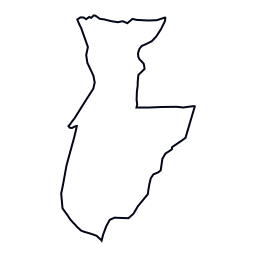 the district of Bendasi, Central Darfur, Sudan
{"feature_id": "16777658B55033891828638", "entity_name": "Bendasi", "entity_type": "district", "adm_level": 2, "iso_a3": "SDN", "parent_name": "Sudan", "parent_adm1": "Central Darfur", "projection": "albers", "projection_center": [22.811, 12.051], "detail": "fine", "context": "isolated", "style": "outline", "palette": "ink", "viewbox_px": 256, "rotation_deg": 0, "n_neighbors": 0, "source": "geoboundaries", "source_scale": "gbopen_adm2", "svg_char_len": 1617}
<svg xmlns="http://www.w3.org/2000/svg" viewBox="0 0 256 256"><path d="M77.3,19.5L78.9,23.5L81.2,28.1L87.9,47.0L87.4,49.5L86.2,54.9L86.6,57.8L87.0,60.5L87.4,62.9L93.4,75.6L94.7,82.5L93.3,88.7L90.4,93.2L85.9,100.2L82.5,105.6L80.8,108.3L74.6,118.2L73.6,119.5L71.9,121.7L71.6,122.1L70.2,124.1L69.7,124.7L69.5,124.9L69.4,125.1L69.2,125.3L69.0,125.5L68.5,126.1L69.6,127.5L70.9,128.0L72.2,127.9L74.2,126.8L76.0,126.1L76.7,126.0L76.8,126.0L76.5,127.2L76.5,127.7L74.3,137.0L67.3,162.5L66.4,166.0L63.1,184.2L61.2,193.6L62.5,208.3L67.2,214.8L67.3,214.9L70.2,219.4L71.6,220.9L73.0,222.5L75.1,224.6L77.1,227.0L79.0,228.6L80.8,230.4L82.8,231.3L84.5,231.9L88.1,232.9L90.1,233.5L93.9,234.8L96.7,235.8L97.4,236.5L98.8,237.8L100.0,238.9L100.8,239.6L101.6,240.6L101.9,239.4L103.1,234.7L106.3,226.1L109.8,219.8L114.5,217.7L128.4,218.2L133.5,213.7L137.9,206.2L147.8,194.2L148.4,189.8L149.4,184.0L150.8,178.2L153.4,174.4L158.5,172.2L160.7,170.3L162.4,158.8L165.4,153.6L171.8,149.4L172.0,147.2L183.0,139.7L185.5,137.8L188.7,127.0L194.8,106.4L194.3,106.1L187.5,106.9L183.4,107.5L176.5,106.8L161.5,107.0L149.6,107.5L142.2,107.5L137.1,107.5L136.5,107.5L136.6,107.1L137.2,104.4L136.6,99.7L136.9,91.6L137.7,85.4L137.7,82.1L138.4,74.9L144.5,69.0L144.3,66.6L143.6,63.5L139.5,59.3L138.3,56.7L138.0,53.2L139.5,48.7L141.7,46.0L146.2,44.0L151.8,41.2L156.3,36.4L161.1,29.0L164.9,21.2L165.4,17.9L165.0,17.5L156.8,20.2L148.2,20.5L136.6,19.9L132.5,18.9L127.3,23.2L122.7,21.2L117.8,22.2L110.9,21.1L104.2,19.4L100.0,18.9L95.4,15.7L93.8,15.4L91.1,17.9L89.3,16.9L86.2,19.2L83.5,17.5L80.4,17.4L77.3,19.5Z" fill="none" stroke="#020617" stroke-width="2"/></svg>